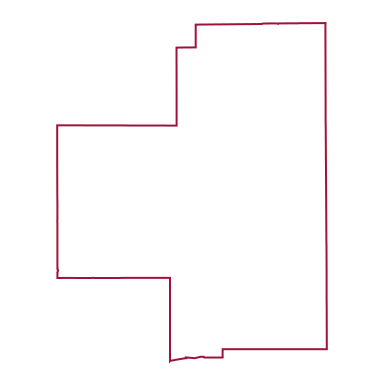 Tatiara, South Australia, Australia (Robinson projection)
{"feature_id": "25037944B1672021896244", "entity_name": "Tatiara", "entity_type": "district", "adm_level": 2, "iso_a3": "AUS", "parent_name": "Australia", "parent_adm1": "South Australia", "projection": "robinson", "projection_center": [140.706, -36.222], "detail": "fine", "context": "isolated", "style": "outline", "palette": "rose", "viewbox_px": 384, "rotation_deg": 0, "n_neighbors": 0, "source": "geoboundaries", "source_scale": "gbopen_adm2", "svg_char_len": 4133}
<svg xmlns="http://www.w3.org/2000/svg" viewBox="0 0 384 384"><path d="M325.5,23.0L325.3,23.0L325.0,23.0L324.6,23.1L324.3,23.1L323.9,23.1L323.7,23.1L323.4,23.1L323.2,23.1L322.8,23.1L322.5,23.1L322.1,23.1L321.8,23.1L321.3,23.1L321.1,23.1L320.9,23.1L320.7,23.1L320.3,23.1L319.8,23.1L319.4,23.1L319.2,23.1L318.9,23.1L318.7,23.1L318.4,23.1L318.1,23.1L317.7,23.1L317.2,23.1L316.7,23.1L315.9,23.1L315.3,23.1L315.0,23.1L314.7,23.1L314.3,23.1L314.2,23.1L313.9,23.1L313.7,23.1L313.2,23.1L312.8,23.1L312.3,23.2L312.2,23.2L311.7,23.2L311.4,23.2L311.2,23.2L310.9,23.1L310.7,23.1L310.2,23.2L309.9,23.2L309.6,23.2L309.0,23.2L308.9,23.2L308.5,23.2L308.3,23.2L308.0,23.2L307.7,23.2L307.4,23.2L307.1,23.2L306.9,23.2L306.7,23.2L306.4,23.2L306.2,23.2L305.6,23.2L305.2,23.2L304.7,23.2L304.3,23.2L304.2,23.2L303.9,23.2L303.7,23.2L303.4,23.2L303.1,23.2L302.9,23.2L302.7,23.2L302.2,23.2L301.9,23.2L301.7,23.2L301.1,23.2L300.7,23.2L300.2,23.2L299.9,23.2L299.7,23.2L299.3,23.2L299.1,23.2L298.9,23.2L298.6,23.3L298.2,23.2L297.9,23.3L297.6,23.3L297.4,23.3L297.0,23.3L296.8,23.3L296.5,23.3L296.4,23.3L296.2,23.3L295.8,23.3L295.5,23.3L295.0,23.3L294.6,23.3L294.2,23.3L293.8,23.3L293.7,23.3L293.4,23.3L293.2,23.3L292.6,23.3L292.4,23.3L292.2,23.3L291.9,23.3L291.7,23.3L291.4,23.3L291.2,23.3L290.7,23.3L290.2,23.3L289.9,23.3L289.7,23.3L289.4,23.3L289.2,23.3L288.9,23.3L288.7,23.3L288.4,23.3L287.9,23.3L287.4,23.3L287.0,23.3L286.9,23.3L286.7,23.4L286.4,23.3L286.1,23.4L285.9,23.3L285.7,23.3L285.4,23.3L285.1,23.4L284.8,23.4L284.6,23.4L284.2,23.4L283.5,23.4L283.3,23.4L282.9,23.4L282.5,23.4L282.1,23.4L281.9,23.4L281.5,23.4L280.9,23.4L280.6,23.4L280.2,23.4L279.9,23.4L279.6,23.4L279.1,23.4L278.9,23.4L278.7,23.4L278.3,23.5L278.1,23.8L277.8,23.6L277.4,23.5L277.1,23.5L276.8,23.5L276.7,23.5L276.4,23.5L276.1,23.4L275.8,23.4L275.6,23.4L275.3,23.4L275.2,23.4L274.9,23.4L274.6,23.4L274.4,23.4L273.8,23.4L273.4,23.4L272.9,23.4L272.7,23.4L272.4,23.4L272.1,23.4L271.7,23.4L271.2,23.4L270.8,23.4L270.6,23.4L270.2,23.4L269.9,23.4L269.4,23.5L269.2,23.4L268.7,23.4L268.4,23.5L267.9,23.5L267.4,23.4L267.1,23.5L266.8,23.5L266.7,23.5L266.3,23.5L265.9,23.5L265.7,23.5L265.2,23.5L264.9,23.5L264.4,23.5L263.9,23.5L263.4,23.5L262.9,23.5L262.6,23.6L262.3,23.8L262.0,24.0L229.2,24.3L195.7,24.6L195.7,47.4L183.2,47.5L176.5,47.6L176.6,87.2L176.6,125.6L170.0,125.6L156.9,125.5L140.9,125.5L135.9,125.5L128.9,125.5L128.7,125.5L128.3,125.5L120.3,125.4L117.7,125.4L108.8,125.4L99.4,125.4L92.3,125.4L86.5,125.4L76.0,125.3L69.0,125.3L57.2,125.3L57.2,145.2L57.2,149.0L57.2,161.1L57.3,195.6L57.4,203.1L57.4,218.2L57.3,222.0L57.4,223.3L57.4,241.0L57.4,253.1L57.4,268.9L57.4,269.0L57.6,269.2L57.8,269.3L57.8,269.6L57.7,269.8L57.7,270.0L57.9,270.4L58.0,270.5L57.7,271.1L57.7,271.3L57.8,271.6L57.6,272.1L57.3,272.7L57.3,272.9L57.4,273.2L57.5,273.5L57.5,273.8L57.4,274.0L57.4,275.3L57.5,275.7L57.4,275.9L57.4,276.1L57.4,277.7L57.4,277.9L57.4,278.0L59.3,278.0L68.8,277.9L76.9,278.0L82.0,278.0L91.7,278.0L92.2,277.9L93.9,277.9L94.0,278.0L96.9,278.0L105.8,278.0L110.2,278.0L117.7,278.0L122.1,277.9L129.9,277.9L132.6,277.9L144.2,277.9L149.8,277.9L150.6,277.9L151.1,277.9L151.7,277.9L151.8,277.9L152.2,277.9L153.1,277.9L161.1,277.9L170.0,277.9L170.0,303.6L170.0,304.1L170.0,304.3L170.0,304.5L170.0,310.2L170.0,311.6L170.0,332.8L170.0,345.4L170.0,345.5L170.0,350.5L170.0,357.1L170.0,358.6L170.0,361.0L170.1,360.9L177.4,359.5L178.1,359.4L179.9,359.1L185.3,358.2L185.3,358.3L186.2,358.2L185.9,357.5L185.9,357.4L190.5,357.8L194.8,358.2L199.3,357.1L200.4,356.8L203.7,356.8L204.2,357.5L213.1,357.5L222.6,357.5L222.7,357.4L222.6,355.7L222.6,351.6L222.7,349.2L226.8,349.2L230.8,349.2L242.2,349.2L242.5,349.2L245.8,349.2L252.3,349.2L259.2,349.2L265.2,349.2L272.5,349.2L275.2,349.2L280.5,349.2L285.1,349.2L289.3,349.2L297.0,349.2L302.6,349.2L302.8,349.2L304.8,349.2L311.8,349.2L312.0,349.2L317.7,349.2L322.4,349.2L322.7,349.2L322.9,349.2L326.7,349.2L326.8,349.2L326.8,347.8L326.7,307.8L326.6,298.8L326.6,290.1L326.6,285.2L326.6,271.9L326.5,248.0L326.5,245.7L326.5,245.4L326.4,243.2L326.2,204.2L325.7,125.9L325.6,120.1L325.6,112.4L325.6,100.6L325.4,25.3L325.5,23.0Z" fill="none" stroke="#9f1239" stroke-width="2"/></svg>